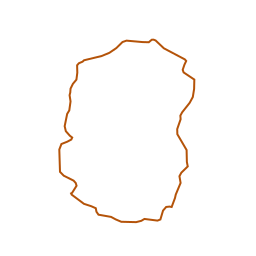 North Macedonia, Mercator projection, rotated 294°
{"feature_id": "MKD", "entity_name": "North Macedonia", "entity_type": "country or territory", "adm_level": 0, "iso_a3": "MKD", "parent_name": "Europe", "parent_adm1": "", "projection": "mercator", "projection_center": [21.64, 41.604], "detail": "fine", "context": "isolated", "style": "outline", "palette": "amber", "viewbox_px": 256, "rotation_deg": 294, "n_neighbors": 0, "source": "natural_earth", "source_scale": "50m", "svg_char_len": 1072}
<svg xmlns="http://www.w3.org/2000/svg" viewBox="0 0 256 256"><g transform="rotate(294 128 128)"><path d="M116.2,66.7L120.2,67.2L128.9,64.7L134.2,61.3L137.0,60.8L140.6,59.5L145.9,59.7L151.2,61.2L157.9,59.2L164.6,56.0L167.2,56.8L170.1,59.5L172.0,60.3L183.0,74.6L189.1,80.4L196.2,84.8L204.3,88.0L207.2,91.1L212.4,106.3L214.8,112.1L218.3,113.8L219.1,115.4L219.2,117.6L215.4,128.3L213.8,152.0L212.9,153.9L208.8,153.8L203.4,154.3L201.4,156.2L199.2,168.9L190.6,172.5L182.7,174.6L176.1,174.1L164.4,171.1L160.6,170.8L157.4,172.5L147.0,173.4L142.4,175.6L131.7,190.5L120.9,195.6L117.2,198.2L108.9,194.9L104.9,194.6L99.2,198.4L86.6,198.7L83.2,199.4L73.6,200.0L73.1,197.9L71.4,195.0L66.8,193.6L57.6,194.8L55.4,192.6L51.6,180.0L48.6,177.9L45.3,173.7L39.6,160.0L39.5,153.9L39.9,148.7L36.8,136.3L38.7,133.2L41.6,131.2L41.6,126.2L40.8,118.6L44.2,103.7L45.1,102.6L46.0,103.3L54.3,104.5L56.5,102.6L57.8,99.7L58.3,88.7L60.3,83.7L80.4,74.0L86.3,73.7L90.8,78.1L94.4,80.9L96.6,80.9L97.3,78.0L99.8,72.5L103.9,69.4L116.1,66.7L116.2,66.7Z" fill="none" stroke="#b45309" stroke-width="2"/></g></svg>